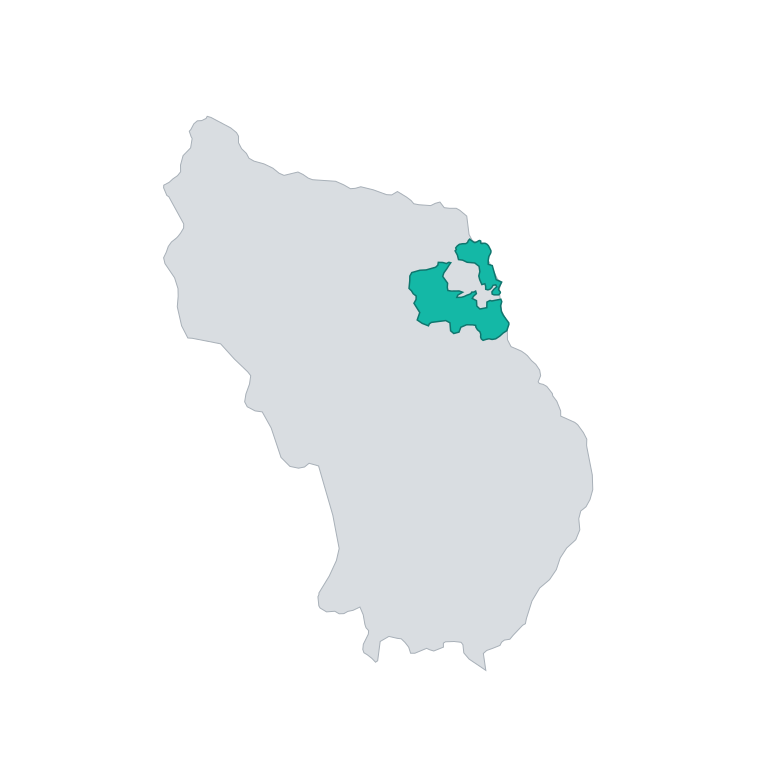 Hungary, with Csongrád highlighted, rotated 256°
{"feature_id": "HUN-3172", "entity_name": "Csongrád", "entity_type": "County", "adm_level": 1, "iso_a3": "HUN", "parent_name": "Hungary", "parent_adm1": "", "projection": "albers", "projection_center": [20.284, 46.456], "detail": "fine", "context": "in_parent", "style": "filled", "palette": "teal", "viewbox_px": 768, "rotation_deg": 256, "n_neighbors": 0, "source": "natural_earth", "source_scale": "10m", "svg_char_len": 4647}
<svg xmlns="http://www.w3.org/2000/svg" viewBox="0 0 768 768"><g transform="rotate(256 384 384)"><path d="M619.5,218.9L627.8,217.6L628.2,217.8L630.2,218.4L631.7,224.4L631.9,224.8L634.1,228.8L636.1,234.1L639.1,238.0L645.6,239.5L654.2,244.3L659.9,253.5L668.3,257.1L668.9,257.2L670.5,256.7L676.4,256.2L677.6,258.1L682.5,262.5L684.5,266.5L683.7,270.8L684.7,275.6L686.5,277.2L684.5,280.6L669.5,297.3L663.6,301.7L659.6,302.8L653.3,301.2L646.8,302.7L641.0,306.3L635.7,307.6L631.7,311.8L626.6,320.8L620.3,328.4L613.9,333.2L610.6,337.5L610.5,351.8L606.9,356.1L602.1,360.3L599.5,364.1L592.4,386.1L586.9,393.2L581.6,398.7L580.8,403.6L581.0,409.2L575.0,420.6L567.1,432.3L565.6,437.2L567.5,443.6L559.9,451.1L555.4,454.7L551.7,456.5L549.5,461.2L545.8,472.5L546.9,477.6L547.0,482.3L540.5,485.1L538.6,490.2L537.0,496.6L534.3,499.5L526.9,504.9L508.4,502.7L501.4,504.5L499.4,508.3L499.0,511.4L496.7,514.2L492.5,517.8L488.2,519.4L478.5,515.1L457.9,519.6L454.3,522.8L451.4,520.5L447.0,518.4L426.3,515.7L418.1,517.7L407.2,516.9L397.1,514.5L389.5,516.3L382.7,525.2L379.4,528.1L376.8,530.0L371.0,532.8L366.2,536.1L359.8,538.4L354.2,538.0L348.8,534.1L346.9,534.9L345.1,538.4L342.2,541.4L334.1,545.0L332.0,544.9L331.6,544.9L325.4,547.5L315.2,548.9L310.1,547.7L300.5,559.9L297.6,562.1L288.7,565.7L281.4,567.4L275.3,565.7L272.8,565.5L245.3,564.1L231.0,561.0L222.0,555.9L216.0,550.3L213.2,544.2L206.2,540.4L195.1,538.7L186.5,532.4L180.7,521.6L172.6,512.9L162.2,506.3L154.1,497.3L148.4,485.7L137.7,475.1L121.9,465.4L117.2,463.2L116.4,460.2L109.0,448.6L105.9,444.4L106.4,438.8L105.0,435.6L102.3,433.3L101.2,425.2L100.6,419.2L98.5,415.2L81.5,413.5L96.5,400.0L103.8,396.4L112.0,397.5L114.7,396.3L115.5,394.3L117.2,389.7L118.1,385.4L119.0,381.3L118.2,378.9L114.3,378.0L112.9,367.7L115.1,364.0L117.2,361.4L115.3,348.9L116.3,344.7L122.7,344.3L128.1,341.9L132.6,339.1L134.0,335.4L137.9,327.7L135.1,318.0L117.0,310.9L116.1,308.5L120.5,306.0L125.3,302.3L128.1,299.5L131.6,299.2L136.5,301.0L145.1,308.3L148.4,309.4L151.8,307.6L155.3,307.3L165.1,308.0L173.4,306.7L171.9,299.2L172.1,293.9L170.9,289.5L171.9,284.9L175.4,281.3L176.8,273.1L182.1,267.8L184.5,267.1L193.5,268.4L195.6,270.0L197.0,270.3L210.9,284.4L224.2,295.1L235.2,300.7L251.6,301.6L269.1,302.6L298.3,301.5L320.3,300.7L321.8,298.2L325.2,292.1L322.7,286.8L323.0,280.7L326.8,272.8L337.7,266.3L368.6,263.9L386.4,259.1L389.1,252.4L395.0,245.8L400.4,244.5L407.7,247.6L416.5,253.5L424.3,256.7L428.8,254.7L444.5,244.8L462.5,235.2L474.8,208.9L476.1,204.8L489.4,201.7L508.9,202.1L518.9,205.5L526.4,207.2L537.7,206.5L553.8,200.6L559.8,200.7L564.5,204.6L569.7,208.0L573.2,212.1L575.9,218.0L577.3,220.2L579.7,223.2L583.8,227.3L587.8,228.4L617.8,220.5L619.5,218.9Z" fill="#d9dde1" stroke="#a8b0b8" stroke-width="1"/><path d="M413.1,519.9L411.6,519.6L406.0,516.0L404.7,512.1L402.4,507.8L400.8,503.3L401.1,499.6L402.5,496.8L402.6,493.8L402.4,490.7L404.2,489.3L406.3,489.1L408.8,489.9L411.4,489.7L414.0,487.8L416.8,486.9L418.7,487.1L419.9,484.4L421.5,478.5L420.5,472.3L416.2,469.3L416.1,463.9L419.5,461.5L427.4,462.8L430.6,459.3L432.3,445.0L431.5,442.6L429.7,441.2L433.6,435.7L438.1,431.7L444.7,436.0L455.1,432.6L458.3,435.6L461.6,436.5L464.5,434.2L467.7,433.2L470.7,431.4L478.0,434.0L482.5,435.2L485.4,437.9L485.7,446.3L484.5,452.5L484.8,462.3L486.3,465.0L488.9,466.1L487.7,470.4L485.8,473.7L486.4,476.4L485.5,478.1L483.7,476.0L480.5,472.7L477.4,469.0L474.2,467.0L466.4,470.1L462.5,468.8L459.3,468.6L457.9,471.7L456.1,479.4L454.0,482.5L452.4,477.1L450.4,475.6L449.4,480.0L449.5,483.1L450.1,485.9L450.4,488.9L450.8,490.3L451.9,491.3L451.5,493.4L452.0,495.4L449.3,495.5L447.5,492.1L445.7,490.3L442.5,493.9L437.2,492.9L433.6,495.2L433.2,502.2L438.6,503.7L439.4,507.1L438.5,508.7L438.0,517.9L435.4,518.2L431.6,516.0L425.8,515.5L422.1,516.3L420.7,516.8L413.1,519.9ZM503.9,502.3L503.1,502.7L499.5,505.7L499.2,506.4L499.2,507.7L500.1,510.6L500.1,511.6L499.3,512.4L498.5,512.2L497.6,511.9L496.9,512.2L496.5,513.2L496.4,514.8L496.4,515.1L495.9,516.4L494.5,517.9L492.8,518.8L487.6,520.0L486.9,519.9L485.8,519.5L484.9,518.9L482.3,516.5L478.7,515.0L474.9,514.1L472.7,517.7L458.1,518.1L454.4,522.8L449.4,518.6L447.8,517.9L445.5,519.0L444.8,519.1L444.1,518.7L443.2,517.4L442.7,517.0L443.9,512.3L445.1,510.7L447.3,511.0L449.4,513.6L451.0,516.9L453.2,516.4L453.4,513.6L451.6,512.0L450.3,509.7L450.2,507.6L451.3,505.6L454.4,506.3L456.9,506.1L456.8,503.0L462.0,502.1L465.9,502.1L469.9,504.2L475.2,504.7L479.5,501.3L482.0,494.1L485.2,490.2L486.7,486.4L491.3,486.4L496.0,485.2L496.9,486.7L498.7,486.5L500.2,488.4L501.3,490.9L501.1,494.1L500.4,497.3L501.1,499.3L502.8,500.6L503.9,502.2L503.9,502.3Z" fill="#14b8a6" stroke="#0f766e" stroke-width="1.5"/></g></svg>